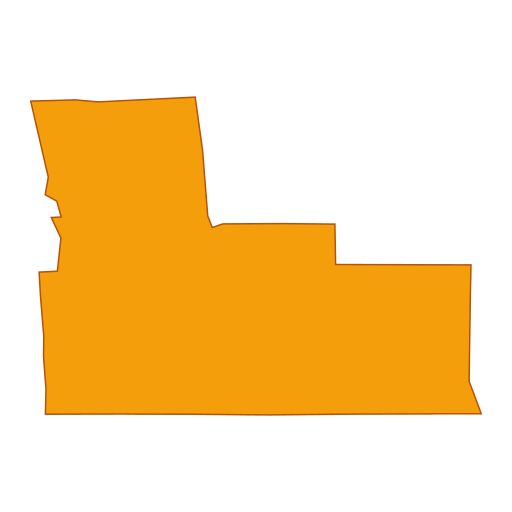 outline of Broome, New York, United States of America
{"feature_id": "52423323B9880923188438", "entity_name": "Broome", "entity_type": "district", "adm_level": 2, "iso_a3": "USA", "parent_name": "United States of America", "parent_adm1": "New York", "projection": "robinson", "projection_center": [-75.837, 42.207], "detail": "fine", "context": "isolated", "style": "filled", "palette": "amber", "viewbox_px": 512, "rotation_deg": 0, "n_neighbors": 0, "source": "geoboundaries", "source_scale": "gbopen_adm2", "svg_char_len": 640}
<svg xmlns="http://www.w3.org/2000/svg" viewBox="0 0 512 512"><path d="M30.7,101.1L48.3,177.2L45.2,194.7L56.8,201.2L61.2,217.0L51.3,217.5L60.9,238.0L57.4,271.2L39.1,272.1L40.5,296.6L43.8,336.3L43.5,356.4L46.0,389.3L45.4,414.2L73.7,414.1L121.4,414.0L123.2,414.0L136.7,414.1L191.1,414.2L251.4,414.8L270.7,414.9L352.4,414.1L387.8,414.0L430.8,413.9L431.1,413.9L434.9,413.8L460.2,413.8L462.9,413.8L481.3,413.8L469.1,381.3L470.3,298.9L471.0,264.9L430.6,264.8L335.6,264.5L334.9,224.1L282.9,223.6L222.8,223.9L212.2,227.5L207.7,215.7L202.6,150.6L195.2,97.1L98.1,101.9L75.6,99.9L30.7,101.1Z" fill="#f59e0b" stroke="#b45309" stroke-width="1.5"/></svg>